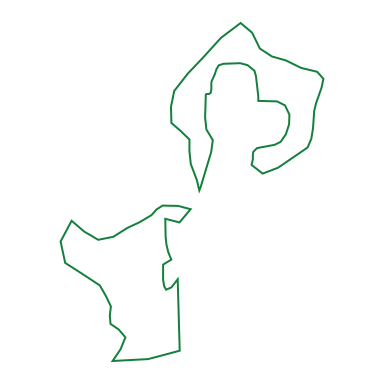 the District of Lankaran
{"feature_id": "AZE-1707", "entity_name": "Lankaran", "entity_type": "District", "adm_level": 1, "iso_a3": "AZE", "parent_name": "Azerbaijan", "parent_adm1": "", "projection": "natural_earth1", "projection_center": [48.931, 38.926], "detail": "fine", "context": "isolated", "style": "outline", "palette": "green", "viewbox_px": 384, "rotation_deg": 0, "n_neighbors": 0, "source": "natural_earth", "source_scale": "10m", "svg_char_len": 1315}
<svg xmlns="http://www.w3.org/2000/svg" viewBox="0 0 384 384"><path d="M190.6,209.2L179.5,222.4L165.3,218.8L165.6,236.2L166.4,244.3L168.2,252.0L171.3,259.6L163.1,264.6L163.1,271.9L163.1,279.8L164.2,286.3L166.1,289.7L171.4,287.4L177.7,279.3L179.7,350.7L148.0,359.1L112.6,361.0L120.6,349.2L125.4,337.3L118.6,329.4L110.5,323.9L109.8,315.6L110.9,306.4L105.8,295.8L99.8,285.4L82.6,274.1L65.2,262.9L60.6,241.5L71.6,220.8L84.4,231.7L98.2,239.8L113.3,236.8L127.4,227.9L140.0,222.0L151.5,215.1L156.7,209.3L162.6,205.6L178.0,205.9L190.6,209.2ZM323.4,78.8L321.6,87.5L316.0,103.4L314.2,111.0L313.0,128.4L311.3,138.8L307.6,147.5L278.1,167.7L262.6,173.6L251.6,164.9L252.9,159.1L252.8,155.2L253.3,151.9L257.0,148.1L274.7,144.8L280.7,141.8L285.9,134.2L289.1,124.4L289.4,114.6L285.0,105.4L277.1,101.4L258.3,100.9L258.3,96.5L256.0,76.4L254.5,70.8L247.5,65.1L240.1,63.2L223.3,63.8L218.7,65.4L216.4,69.3L214.8,74.3L211.6,81.3L211.3,83.8L211.4,89.2L210.6,93.0L208.7,94.0L206.8,94.0L205.8,94.5L205.1,117.4L206.4,129.5L212.8,140.0L211.2,152.0L200.6,187.2L199.3,190.4L196.8,179.9L190.8,164.1L189.4,151.0L189.5,139.6L180.6,130.9L171.4,123.0L171.0,106.8L174.2,91.0L187.9,73.5L203.3,57.3L221.0,37.8L240.6,23.0L252.1,32.7L259.9,48.6L272.0,56.5L285.8,60.4L301.1,67.9L317.2,71.8L323.4,78.8Z" fill="none" stroke="#15803d" stroke-width="2"/></svg>